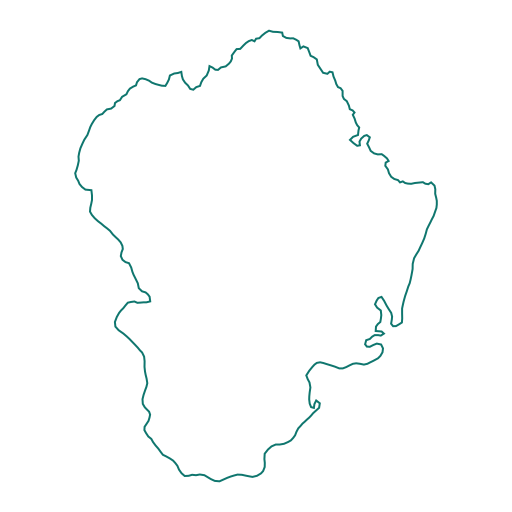 the district of Pintópolis, Minas Gerais, Brazil
{"feature_id": "56859067B18460056195803", "entity_name": "Pintópolis", "entity_type": "district", "adm_level": 2, "iso_a3": "BRA", "parent_name": "Brazil", "parent_adm1": "Minas Gerais", "projection": "robinson", "projection_center": [-45.235, -16.058], "detail": "fine", "context": "isolated", "style": "outline", "palette": "teal", "viewbox_px": 512, "rotation_deg": 0, "n_neighbors": 0, "source": "geoboundaries", "source_scale": "gbopen_adm2", "svg_char_len": 5024}
<svg xmlns="http://www.w3.org/2000/svg" viewBox="0 0 512 512"><path d="M139.5,79.1L137.0,82.2L136.0,85.4L133.2,86.6L129.9,88.6L127.9,91.2L126.4,94.3L122.1,96.8L119.9,100.2L117.4,101.2L115.0,103.0L114.5,106.0L111.1,108.6L106.9,109.4L104.4,111.7L102.3,114.0L99.2,115.0L96.7,116.9L94.2,120.1L91.8,124.0L90.3,127.0L89.0,130.7L87.4,135.0L84.3,139.7L82.4,143.7L80.4,148.3L79.2,152.7L78.5,156.6L78.8,160.7L77.8,165.4L76.5,169.9L75.2,173.2L76.2,177.5L78.2,180.8L79.5,184.0L82.0,187.0L85.4,189.6L91.4,190.2L92.0,195.5L92.0,200.0L91.3,203.5L90.3,207.8L90.0,211.6L91.8,214.8L94.7,218.2L98.0,221.2L101.3,223.7L104.2,226.2L107.0,228.3L110.0,230.8L112.9,234.5L115.7,237.2L118.2,239.5L120.7,242.4L122.4,245.9L122.8,249.0L121.5,252.4L120.8,256.1L122.5,259.8L125.5,262.1L129.0,263.2L131.2,267.5L132.4,271.8L133.5,274.6L135.7,279.0L137.8,283.3L138.8,288.2L142.0,291.3L145.6,292.4L147.8,294.3L149.6,296.7L150.2,301.4L146.5,302.3L143.8,302.3L140.6,302.6L137.4,302.8L134.4,301.5L130.8,302.0L127.8,302.7L125.5,305.4L123.3,308.2L121.0,310.5L119.1,312.9L116.8,317.0L114.9,322.0L115.4,326.6L118.6,330.2L121.0,331.9L123.3,333.5L126.7,336.4L129.5,339.0L131.7,341.3L134.8,344.5L137.8,347.7L139.9,350.3L142.1,352.5L144.1,356.6L144.6,361.2L144.5,366.9L145.0,371.5L145.6,374.6L146.6,378.7L147.3,383.2L146.4,386.9L145.2,390.1L143.6,394.8L142.5,399.2L142.8,403.9L144.8,407.3L146.8,409.4L149.1,411.7L150.1,414.6L149.5,417.6L148.5,420.9L146.4,424.1L144.6,426.8L144.4,430.1L146.0,433.0L148.3,436.5L151.3,438.9L153.0,442.0L155.5,445.4L158.3,448.6L160.6,451.8L162.9,454.8L165.8,456.2L169.8,458.4L173.1,460.6L175.2,462.9L177.4,465.8L179.0,469.6L181.5,473.2L184.7,476.0L188.7,475.8L192.1,474.8L196.0,475.2L199.8,474.5L204.4,475.2L207.9,477.3L210.9,479.1L214.8,480.9L219.5,481.3L223.3,479.6L227.3,477.8L230.8,476.5L234.1,475.5L237.5,474.6L241.9,474.8L246.0,475.7L249.6,476.4L252.5,476.9L257.0,475.8L261.0,473.4L263.1,471.1L264.7,467.0L264.8,462.9L264.4,459.0L264.7,453.7L268.0,449.5L271.5,446.4L275.8,444.5L279.9,444.5L284.0,443.8L288.1,442.0L290.9,440.4L293.2,437.9L295.1,435.3L296.5,431.7L298.3,428.3L300.4,426.1L302.5,423.6L304.6,421.8L306.8,419.7L309.2,417.6L311.2,415.5L313.1,413.2L316.1,410.5L319.1,407.8L319.8,403.3L316.2,400.5L314.4,404.1L313.9,407.9L311.1,407.1L309.7,403.6L309.2,399.4L309.3,396.2L309.7,392.2L310.4,387.5L309.5,382.5L307.7,379.1L306.3,375.4L309.3,370.7L312.4,366.9L314.5,364.6L316.8,362.9L320.1,362.3L323.3,363.0L326.4,364.0L330.7,365.3L334.8,366.6L339.3,368.4L342.8,368.4L346.2,367.1L349.7,365.3L352.9,363.8L356.2,363.3L360.0,363.8L363.9,364.6L367.4,363.8L369.9,362.5L373.4,360.8L378.0,358.3L380.4,355.9L382.5,352.3L383.0,348.4L381.1,344.5L376.8,343.6L373.3,345.0L369.8,346.8L366.9,346.6L365.1,344.3L366.2,340.2L369.8,339.0L372.1,336.7L374.7,335.1L378.0,335.1L380.8,335.6L383.9,333.6L381.6,331.5L375.7,331.0L376.0,326.6L377.8,324.1L380.3,322.0L380.9,318.6L381.3,315.1L380.8,310.5L377.1,307.6L375.0,304.3L376.7,300.5L378.4,298.0L381.5,296.9L384.1,300.8L386.6,305.6L388.6,308.9L391.2,312.9L392.1,316.6L391.8,319.7L391.1,323.7L393.1,326.2L396.0,326.1L399.1,324.3L401.9,322.5L402.2,318.6L402.1,313.1L402.1,308.5L402.7,305.6L403.5,302.0L404.3,299.0L405.2,295.8L406.7,291.5L408.3,286.5L409.7,283.2L410.6,279.5L411.4,275.7L412.1,271.9L412.6,269.0L412.7,263.9L414.1,258.2L416.3,254.4L418.6,250.8L420.2,247.3L422.2,243.1L424.2,238.5L425.7,233.8L426.9,229.3L428.6,225.8L430.5,222.1L431.8,219.4L433.6,216.0L435.3,211.1L436.4,208.0L436.8,204.6L436.8,200.9L436.2,197.8L435.2,193.8L435.3,189.2L434.5,185.6L431.1,182.4L428.3,184.2L425.3,183.7L422.9,182.2L418.9,182.6L414.9,183.0L411.2,183.8L407.8,183.6L405.1,183.0L402.8,181.4L400.0,182.4L398.0,180.1L394.3,179.0L391.2,176.8L389.0,173.2L387.9,169.4L385.3,165.8L385.7,162.6L388.6,161.0L387.0,158.4L384.1,155.9L381.7,154.2L377.8,154.4L374.1,153.4L370.7,150.9L369.1,147.4L367.2,143.7L368.8,140.3L369.8,137.3L366.8,135.1L364.2,135.9L361.2,138.6L359.5,141.6L359.9,145.3L357.2,145.8L353.5,143.1L350.0,139.9L353.1,136.8L358.0,135.0L358.5,130.5L359.2,127.5L357.2,125.2L355.8,122.5L354.6,118.6L352.8,114.8L354.5,112.5L352.6,110.4L349.8,109.2L348.9,105.6L346.8,101.2L343.9,98.9L342.6,96.0L342.6,90.9L340.6,88.2L338.0,87.1L336.3,84.1L335.2,80.5L333.5,76.5L332.5,72.3L329.7,71.7L327.4,73.8L323.1,72.8L320.5,68.9L317.8,64.8L316.8,59.4L313.5,57.1L310.6,55.8L309.4,52.5L307.7,48.1L303.4,46.4L300.4,48.4L299.5,45.3L298.6,41.3L296.1,39.7L293.2,38.3L290.2,38.4L286.3,37.9L282.9,36.0L282.2,32.6L277.7,32.0L273.0,31.8L269.0,30.7L265.4,32.8L261.9,35.6L259.4,38.2L256.1,38.7L254.5,41.3L251.8,40.0L248.8,41.1L246.0,43.0L243.5,45.4L240.2,48.9L236.6,49.1L234.7,51.5L231.8,55.5L232.0,58.5L230.8,61.4L229.0,63.6L225.7,66.4L221.0,67.4L218.0,69.9L215.3,69.7L212.6,67.6L209.5,66.1L208.8,70.5L206.7,75.5L203.3,78.7L201.3,82.2L200.0,85.9L196.3,87.1L193.3,89.7L190.2,88.9L188.0,85.5L185.1,82.7L182.9,79.4L181.9,76.0L181.3,71.9L177.9,73.0L174.2,73.5L169.9,75.5L168.9,79.5L167.2,82.9L165.4,85.9L161.8,85.7L158.7,84.9L155.4,84.0L151.8,82.6L149.1,80.7L145.6,79.2L142.1,78.4L139.5,79.1Z" fill="none" stroke="#0f766e" stroke-width="2"/></svg>